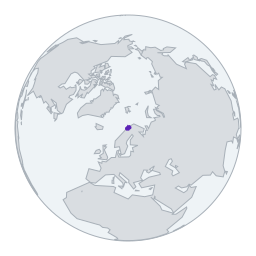 Troms highlighted on a globe, orthographic projection
{"feature_id": "NOR-900", "entity_name": "Troms", "entity_type": "County", "adm_level": 1, "iso_a3": "NOR", "parent_name": "Norway", "parent_adm1": "", "projection": "orthographic", "projection_center": [18.955, 69.32], "detail": "fine", "context": "on_globe", "style": "filled", "palette": "violet", "viewbox_px": 256, "rotation_deg": 0, "n_neighbors": 0, "source": "natural_earth", "source_scale": "10m", "svg_char_len": 13774}
<svg xmlns="http://www.w3.org/2000/svg" viewBox="0 0 256 256"><circle cx="128" cy="128" r="113" fill="#eef3f6" stroke="#a8b0b8"/><path d="M16.3,113.3L16.2,114.2L17.4,109.3L18.0,106.4L17.9,105.1L20.6,94.9L22.9,89.8L37.8,61.8L40.7,58.4L42.9,56.9L58.8,45.1L46.8,52.2L51.0,48.4L56.3,44.7L55.8,45.7L62.7,42.5L67.9,39.4L76.7,37.8L83.5,41.8L80.3,42.7L82.3,43.7L86.4,42.6L88.6,41.7L101.0,44.6L114.8,43.5L118.6,40.5L118.2,43.3L125.1,36.1L132.3,34.4L124.5,38.0L123.9,39.7L128.9,39.2L129.4,40.9L132.2,41.6L132.3,43.7L127.8,45.7L127.8,47.1L131.3,46.8L133.7,48.7L128.5,49.0L132.1,52.4L125.2,56.7L111.2,56.4L107.6,61.0L93.8,66.4L95.3,67.8L91.1,70.9L91.2,73.7L88.6,74.1L91.0,76.0L93.4,75.2L95.2,75.8L95.5,77.4L92.2,78.1L91.6,77.4L90.8,78.4L89.0,78.1L90.1,79.2L86.1,79.9L90.5,81.6L87.7,84.2L84.9,84.0L84.7,80.8L77.6,73.1L74.8,72.1L71.0,73.9L64.9,83.6L61.9,84.0L58.3,86.8L60.1,88.0L63.6,86.2L66.2,89.3L70.2,86.9L71.8,87.8L76.1,86.8L76.0,90.4L73.5,94.5L69.9,95.6L68.8,97.5L72.6,99.3L66.4,104.3L63.0,112.7L61.3,113.7L57.3,110.3L56.2,102.9L50.9,98.9L54.8,105.1L50.6,107.6L50.1,109.6L50.7,111.6L52.5,112.0L51.1,113.7L46.8,108.2L47.9,106.5L49.3,108.3L48.7,104.9L45.7,101.4L43.8,103.1L41.3,96.3L39.9,97.5L38.6,96.8L41.0,95.3L36.7,97.9L33.4,91.2L27.4,95.6L32.8,88.1L34.3,83.8L35.7,79.0L34.6,79.6L37.8,72.8L38.4,68.2L35.1,68.9L31.3,73.2L28.1,80.4L28.7,81.3L27.3,86.4L24.9,86.0L21.9,95.8L20.2,97.5L18.9,101.6L18.2,105.9L17.2,111.5L17.7,113.4L18.0,118.2L16.8,120.5L17.9,121.6L17.4,125.9L18.7,137.1L18.3,136.8L19.3,149.0L22.3,160.6L22.9,164.7L22.4,164.5L23.9,168.4L23.9,169.1L31.6,184.3L37.1,193.2L37.9,195.3L36.1,193.1L31.5,186.0L27.4,178.7L23.9,171.0L21.0,163.1L18.7,155.0L16.9,146.8L15.8,138.5L15.4,130.1L15.5,121.7L16.3,113.3ZM119.6,15.7L120.0,15.6L119.9,15.7L119.5,15.7L119.6,15.7ZM121.1,15.6L120.2,15.6L121.2,15.6L121.1,15.6ZM122.7,15.5L121.8,15.5L122.7,15.5ZM25.8,96.3L22.5,108.8L22.8,102.9L23.0,103.7L24.2,100.3L25.9,94.5L26.6,89.6L25.8,96.3ZM125.1,15.4L125.7,15.4L124.9,15.4L125.1,15.4ZM28.0,99.1L28.4,97.1L28.2,98.9L28.0,99.1ZM89.5,41.1L86.4,42.4L82.5,42.8L85.1,41.5L89.5,41.1ZM97.0,40.9L95.7,41.9L93.6,40.5L95.0,40.4L97.0,40.9ZM121.3,38.1L118.7,38.6L121.0,37.6L121.3,38.1ZM132.5,41.4L133.1,40.8L134.2,41.5L132.5,41.4ZM75.8,84.9L75.9,85.8L75.1,85.5L75.8,84.9ZM77.6,83.6L76.5,82.6L77.2,81.8L77.9,82.4L77.6,83.6ZM135.6,45.2L137.2,46.6L134.7,45.5L135.6,45.2ZM78.8,85.0L78.6,80.6L79.8,79.3L83.3,80.6L78.8,85.0ZM137.7,47.6L141.8,51.0L143.5,49.8L141.1,55.1L138.4,50.4L135.1,49.3L137.3,48.9L137.7,47.6ZM94.0,74.2L91.5,75.2L93.3,72.9L94.0,74.2ZM94.7,72.6L97.5,65.0L101.3,64.5L99.6,67.1L104.3,65.4L104.8,68.8L102.3,70.6L99.7,70.2L101.9,71.8L94.7,72.6ZM139.2,57.5L139.5,58.7L138.3,57.9L139.2,57.5ZM96.1,75.9L96.3,74.3L99.6,73.8L99.8,76.7L98.6,76.0L96.1,75.9ZM105.3,63.2L107.8,63.4L108.9,66.2L110.0,66.7L105.1,68.9L105.3,63.2ZM98.0,76.9L99.8,78.3L98.5,80.0L96.1,77.3L98.0,76.9ZM100.4,72.4L102.0,72.3L101.2,73.3L100.4,72.4ZM94.9,87.2L95.1,85.3L96.8,84.8L94.9,87.2ZM100.5,78.7L100.9,78.1L101.6,77.7L102.5,78.9L100.5,78.7ZM106.2,70.7L106.1,71.9L108.3,70.0L109.2,72.1L105.7,73.2L107.6,73.6L107.9,74.3L104.8,74.5L106.2,70.7ZM105.4,79.1L101.4,81.3L100.6,84.9L99.0,85.4L100.6,79.6L105.4,79.1ZM105.3,76.3L105.0,78.1L103.2,77.8L102.3,76.4L105.3,76.3ZM111.0,73.2L110.5,69.6L111.3,69.5L111.0,73.2ZM105.6,80.2L106.6,79.6L105.7,80.4L105.6,80.2ZM109.7,75.4L109.5,74.1L110.4,74.0L109.7,75.4ZM108.7,79.6L107.4,80.3L106.7,79.3L108.7,79.6ZM109.5,77.7L110.8,77.8L107.3,78.5L109.2,77.1L109.5,77.7ZM110.6,75.5L111.0,75.0L110.6,76.0L110.6,75.5ZM112.1,82.8L107.8,83.9L106.3,81.8L110.6,81.0L112.1,82.8ZM116.9,240.1L114.3,239.5L117.8,238.9L116.9,237.6L108.1,232.5L110.1,229.8L107.6,228.0L102.6,227.4L99.7,225.0L96.6,224.2L77.1,218.7L71.0,213.2L63.1,199.7L66.4,197.6L66.7,192.4L89.5,182.3L94.8,185.4L113.3,186.5L115.7,187.6L114.0,192.5L128.2,199.0L132.3,194.9L144.7,196.7L152.7,194.9L154.7,185.0L141.6,187.8L138.9,183.4L149.0,177.2L160.4,174.5L159.7,172.7L152.1,170.4L154.4,165.9L149.5,169.3L151.7,170.8L148.7,173.0L146.5,171.8L147.4,170.2L143.8,170.0L140.6,177.8L142.5,180.2L133.5,182.6L135.9,186.8L133.6,189.0L128.7,182.7L128.9,180.2L120.0,172.7L119.0,175.5L127.3,182.9L124.9,182.3L123.6,186.5L122.7,182.9L113.9,174.4L105.5,174.9L95.5,183.1L90.4,182.4L85.9,178.7L88.9,168.7L99.8,171.4L101.1,168.1L98.3,161.9L101.8,163.3L102.1,161.2L106.1,161.9L111.4,157.5L115.4,157.5L116.9,150.9L119.2,150.0L117.7,154.2L118.8,157.1L128.8,156.9L130.6,155.4L130.8,151.2L133.5,151.8L132.4,147.7L137.9,145.4L130.3,144.8L130.3,140.0L133.3,136.0L132.0,134.4L127.0,140.9L126.3,143.6L127.8,146.1L124.6,153.7L121.3,154.8L119.4,146.7L114.5,147.5L115.2,140.9L128.2,127.0L133.8,123.9L144.2,128.7L143.2,132.1L139.0,132.0L143.4,136.5L142.8,134.0L145.1,134.5L145.7,130.2L147.3,130.4L145.1,126.0L147.1,125.8L148.5,128.5L151.2,122.1L155.3,120.5L155.1,119.0L153.8,117.8L160.0,116.6L159.6,115.5L157.4,115.5L155.1,113.4L153.5,109.3L155.8,109.1L156.6,110.6L161.8,113.4L163.8,117.4L164.6,117.0L163.4,113.4L157.0,109.9L155.5,107.5L158.7,108.7L157.4,108.1L157.3,106.8L159.3,105.4L155.9,104.0L151.9,90.9L155.4,87.1L158.7,89.5L158.3,80.6L162.3,77.3L160.3,77.2L158.7,73.1L157.4,74.1L156.3,73.7L151.7,63.9L152.4,61.6L148.1,57.6L147.0,57.6L146.3,59.1L141.1,55.1L143.5,49.8L145.7,50.0L145.7,46.7L150.8,47.7L155.1,47.2L160.8,50.5L163.6,49.8L163.3,48.6L166.9,46.9L175.6,47.9L170.1,52.5L157.4,52.7L162.7,53.0L162.0,54.6L164.2,55.8L167.9,55.9L168.1,54.9L176.5,64.2L186.4,68.7L184.5,64.0L186.2,62.0L195.9,63.7L210.1,76.7L212.5,74.6L214.5,75.4L216.6,79.3L213.7,78.2L213.3,80.9L211.3,79.8L213.7,85.8L211.0,84.5L214.2,90.0L216.1,89.3L215.0,84.4L218.9,89.9L221.4,87.0L224.8,88.7L231.1,100.9L232.8,110.4L233.6,111.6L232.6,114.0L233.9,119.9L237.6,118.1L238.3,119.5L239.1,129.0L238.7,128.2L236.3,134.6L237.6,139.2L239.5,135.1L240.2,135.8L239.5,139.9L238.6,139.7L237.7,141.8L236.7,138.4L233.5,137.0L232.7,142.8L231.5,140.9L227.0,141.9L225.2,150.1L223.1,165.7L224.8,171.3L223.2,176.9L216.2,175.8L212.5,171.7L210.4,175.1L202.9,175.3L191.1,185.1L189.1,184.2L186.9,186.8L181.6,187.9L178.4,186.0L175.3,188.0L183.8,192.7L187.0,190.5L189.3,185.3L191.1,187.5L196.2,186.6L191.7,197.3L173.6,212.8L171.3,208.9L154.9,198.8L155.1,196.8L155.0,196.6L154.7,196.3L153.8,199.7L150.8,197.1L160.1,206.1L161.9,210.0L173.4,213.2L172.4,214.3L176.0,214.2L186.6,207.0L186.8,208.4L182.1,217.2L166.9,229.8L168.6,231.7L167.0,233.5L156.9,236.9L149.1,238.7L141.1,239.9L133.0,240.5L125.0,240.6L116.9,240.1ZM82.2,190.6L81.7,192.2L82.2,190.6ZM173.0,175.9L179.4,172.7L175.6,168.1L177.7,166.5L175.6,165.5L175.3,167.7L170.0,164.6L172.4,161.2L171.2,158.7L168.9,159.6L165.3,166.5L172.8,170.9L171.8,174.2L173.0,175.9ZM18.8,137.4L18.8,139.2L18.5,137.4L18.8,137.4ZM22.0,102.9L21.7,105.2L21.2,106.8L21.3,105.1L22.0,102.9ZM21.4,122.2L21.5,125.1L21.1,122.5L21.4,122.2ZM22.2,110.7L21.4,120.1L20.6,115.4L21.3,109.5L21.3,113.0L22.2,110.7ZM26.4,99.2L26.0,100.7L25.6,100.7L26.4,99.2ZM27.8,100.4L27.8,99.9L28.4,98.9L27.8,100.4ZM50.9,107.9L51.2,108.4L51.3,110.6L50.5,109.8L50.9,107.9ZM56.7,118.9L54.5,121.4L55.5,119.0L53.9,118.4L54.0,112.7L60.5,113.9L57.6,114.4L56.7,118.9ZM56.1,105.7L55.2,109.0L55.9,105.3L56.1,105.7ZM99.2,149.3L100.8,151.2L99.5,153.4L94.3,153.7L96.2,150.4L99.2,149.3ZM103.3,153.3L102.9,145.3L106.1,144.9L104.4,146.5L106.5,147.0L104.3,149.7L107.7,157.3L106.8,159.8L97.8,158.8L101.3,157.7L99.5,155.8L103.3,153.3ZM96.2,126.6L96.1,123.5L103.2,126.7L102.5,129.3L97.3,129.7L95.1,126.8L96.2,126.6ZM84.9,88.3L84.4,87.1L85.3,86.9L86.5,87.7L84.9,88.3ZM94.8,86.3L88.1,93.5L87.2,92.4L84.3,98.0L80.8,97.5L82.7,93.8L77.9,97.7L78.2,94.2L75.2,97.1L79.9,89.1L80.1,86.2L81.3,89.6L84.5,90.2L86.0,89.5L90.1,85.7L92.0,79.8L95.5,79.6L97.5,80.9L97.6,82.3L95.3,82.0L97.1,84.0L93.8,84.7L94.8,86.3ZM118.9,98.8L116.1,97.6L119.2,102.3L115.9,102.8L116.5,103.3L114.3,105.0L112.6,108.1L111.0,107.8L111.0,109.1L109.6,110.3L109.1,112.1L106.1,112.2L105.3,114.4L104.4,113.2L103.7,116.9L102.9,114.2L100.9,115.6L102.7,117.5L88.0,114.5L82.5,115.5L78.3,117.9L77.4,113.1L80.8,107.9L86.3,103.3L91.7,103.1L90.3,101.1L92.6,100.4L92.7,102.3L93.8,98.9L95.6,98.9L100.5,95.2L100.9,90.5L102.7,89.1L103.5,90.9L104.7,88.2L107.4,90.7L108.7,89.8L112.7,91.3L113.4,95.5L114.8,94.1L117.9,95.3L118.9,98.8ZM113.1,83.4L114.7,88.1L113.7,90.7L107.2,86.9L105.7,87.4L101.5,85.2L103.0,81.5L104.1,82.5L105.4,82.6L104.4,83.7L106.3,82.9L107.8,84.2L109.7,83.9L109.7,85.5L113.1,83.4ZM118.1,185.8L119.9,186.2L122.7,186.0L121.9,188.7L118.1,185.8ZM112.1,180.1L113.7,179.9L113.9,183.5L112.0,183.2L112.1,180.1ZM114.3,176.9L113.7,179.6L112.9,178.0L114.3,176.9ZM119.1,153.8L120.8,153.4L121.1,154.3L120.2,155.8L119.1,153.8ZM127.2,113.3L125.8,112.1L126.2,111.5L125.0,107.6L127.3,107.0L129.0,109.1L127.2,113.3ZM152.6,187.3L150.5,189.6L149.2,189.0L150.2,188.3L152.6,187.3ZM135.6,190.1L139.6,190.8L135.3,190.8L135.6,190.1ZM129.5,112.0L128.7,110.5L130.4,111.2L129.5,112.0ZM129.0,106.4L130.9,106.8L127.5,106.5L129.0,106.4ZM173.0,231.3L174.5,230.4L180.4,227.4L183.5,225.3L184.8,225.1L182.5,226.6L173.0,231.3ZM239.5,143.7L239.5,143.8L237.0,149.0L237.9,145.2L240.2,137.3L240.1,138.6L240.3,137.3L239.5,143.7ZM240.6,127.7L240.6,125.3L240.5,122.6L238.7,108.3L238.4,105.6L239.3,110.5L239.3,110.4L240.3,119.0L240.6,127.7ZM225.3,171.2L227.4,171.6L226.4,174.0L225.3,171.2ZM236.8,101.4L238.3,107.3L236.6,101.2L236.8,101.4ZM235.1,97.1L235.6,97.6L235.4,98.5L235.1,97.1ZM234.7,112.8L234.8,115.9L234.3,115.4L233.7,111.2L234.7,112.8ZM227.4,90.3L229.5,92.0L230.3,93.1L229.3,93.4L227.4,90.3ZM148.3,105.7L147.4,111.7L148.3,115.8L151.2,117.7L146.7,117.6L145.3,111.3L148.3,105.7ZM151.2,92.7L148.7,91.2L150.0,90.3L150.8,90.5L151.2,92.7ZM149.5,93.0L146.0,94.2L144.7,92.3L147.8,91.7L149.5,93.0ZM137.8,103.1L137.4,104.9L136.0,104.3L137.8,103.1ZM235.6,94.7L236.0,96.2L236.9,99.6L234.5,91.8L234.5,91.4L235.1,93.1L235.6,94.7ZM235.0,94.0L236.0,97.2L234.7,93.3L235.0,94.0ZM235.9,97.4L235.4,96.7L235.0,94.7L235.9,97.4ZM234.7,92.7L233.6,90.5L233.8,90.4L234.7,92.7ZM234.1,95.5L234.1,92.5L235.1,97.8L232.6,95.0L232.0,92.4L234.1,95.5ZM214.5,70.4L213.3,70.3L212.0,67.9L213.2,68.6L214.5,70.4ZM206.7,60.3L211.2,67.2L214.7,73.0L214.8,71.7L217.7,74.1L216.2,75.4L212.1,70.5L209.9,66.3L207.3,64.8L204.3,61.4L201.4,61.0L199.4,59.3L201.3,58.5L206.7,60.3ZM200.2,61.0L194.1,59.4L192.8,55.5L193.9,55.0L197.2,57.3L197.7,59.2L200.2,61.0ZM192.3,57.9L192.7,59.8L184.6,62.1L182.6,61.6L188.0,57.6L188.7,59.2L190.9,59.4L192.3,57.9ZM140.6,58.3L139.6,58.7L140.0,57.7L140.6,58.3ZM155.7,74.4L154.2,73.8L154.8,72.6L155.7,74.4ZM150.6,71.5L151.0,73.3L149.6,71.5L150.6,71.5ZM152.0,77.2L150.7,74.0L153.3,76.9L152.0,77.2Z" fill="#d9dde1" stroke="#a8b0b8" stroke-width="1"/><path d="M129.2,128.5L128.8,128.6L129.0,128.8L129.0,129.0L128.9,129.3L128.7,129.5L128.9,129.6L128.7,129.9L128.1,129.6L127.8,129.6L127.6,129.5L127.4,129.5L127.3,129.4L126.5,129.5L126.4,129.6L126.3,129.4L126.6,129.2L126.7,129.3L126.7,129.2L126.8,129.2L126.9,129.3L127.1,129.3L127.0,129.2L126.9,129.1L127.2,129.1L126.9,128.9L127.1,128.8L126.9,128.8L127.0,128.7L127.1,128.4L127.4,128.3L127.4,128.2L127.4,127.9L127.5,127.8L127.4,127.7L127.5,127.7L127.6,127.8L127.7,128.2L127.7,127.9L127.8,128.0L128.0,128.1L127.8,127.9L127.7,127.8L127.7,127.7L127.9,127.5L128.0,127.8L128.3,128.0L128.2,128.1L128.4,128.2L128.3,127.9L128.1,127.9L128.0,127.7L128.0,127.4L128.1,127.2L128.6,127.0L128.5,127.3L128.5,127.6L128.4,127.8L128.5,127.8L128.5,127.4L128.8,127.5L128.6,127.4L128.6,127.2L128.8,126.8L128.9,126.7L129.0,126.9L128.9,127.3L129.0,127.4L129.0,127.5L128.9,127.5L128.8,127.8L128.7,128.0L128.8,128.0L128.9,127.8L129.0,127.5L129.3,127.6L129.1,127.4L129.1,127.2L129.3,127.0L129.2,126.9L129.4,126.7L129.3,126.9L129.3,127.0L129.5,126.9L129.5,127.0L129.5,126.9L129.6,126.6L129.8,126.6L129.8,126.8L130.1,127.1L130.0,126.9L130.0,126.7L129.9,126.5L130.0,126.5L130.1,126.4L129.9,126.5L129.8,126.4L129.7,126.4L129.5,126.2L129.8,126.3L130.0,126.4L130.3,126.7L130.4,126.8L130.5,126.9L130.4,127.0L130.5,127.2L130.7,127.3L130.6,127.5L130.3,127.6L130.4,127.8L130.5,128.1L130.5,128.3L130.1,128.4L129.9,128.1L129.6,128.0L129.5,128.4L129.5,128.5L129.3,128.4L129.2,128.5ZM127.4,127.8L127.3,128.0L127.3,128.3L127.0,128.3L127.0,128.2L126.8,128.4L126.7,128.5L126.8,128.5L126.7,128.6L126.7,128.4L126.5,128.5L126.5,128.4L126.8,128.2L126.6,128.2L126.7,127.9L126.8,127.8L127.0,127.8L126.8,127.7L127.1,127.7L127.0,127.4L127.1,127.6L127.1,127.4L127.2,127.6L127.3,127.6L127.2,127.6L127.3,127.6L127.3,127.8L127.4,127.8ZM125.8,128.7L125.9,128.8L125.8,129.0L125.7,129.1L125.9,129.0L125.7,129.3L125.7,129.5L125.8,129.3L125.9,129.2L125.9,129.3L125.9,129.1L126.0,129.1L126.0,128.9L126.2,129.0L126.3,128.9L126.3,129.0L126.3,129.3L126.2,129.4L125.8,129.4L125.6,129.6L125.7,129.3L125.7,129.2L125.8,128.9L125.8,128.7L125.8,128.7ZM128.0,127.0L127.9,127.3L127.9,127.5L127.5,127.6L127.3,127.5L127.4,127.4L127.5,127.4L127.5,127.5L127.6,127.4L127.5,127.2L127.8,127.2L127.6,127.2L127.8,127.0L127.9,127.3L127.9,127.2L127.8,126.9L127.9,127.0L128.0,127.0ZM128.4,126.7L128.5,126.6L128.4,126.8L128.3,127.0L128.1,127.1L127.8,126.8L128.0,126.8L128.0,126.7L127.9,126.7L128.1,126.6L128.3,126.7L128.4,126.7ZM129.2,126.5L129.1,126.4L129.0,126.5L129.0,126.3L129.1,126.2L129.2,126.4L129.2,126.5ZM128.7,126.4L128.8,126.4L128.7,126.5L128.5,126.3L128.4,126.2L128.5,126.1L128.6,126.3L128.6,126.2L128.7,126.4ZM128.6,126.7L128.5,126.9L128.3,127.0L128.4,126.8L128.6,126.7ZM126.8,128.8L126.8,129.0L126.7,128.8L126.8,128.9L126.8,128.8ZM126.1,128.6L126.3,128.7L126.3,128.8L126.2,128.8L126.1,128.7L126.1,128.6ZM126.6,128.9L126.7,129.1L126.6,128.9ZM128.2,126.3L128.1,126.2L128.2,126.3ZM127.8,126.6L127.8,126.4L127.9,126.5L128.0,126.5L127.8,126.7L127.8,126.6ZM129.3,126.6L129.3,126.8L129.2,126.7L129.3,126.6L129.3,126.6ZM129.2,126.8L129.2,127.0L129.1,126.9L129.2,126.8ZM126.9,128.5L127.0,128.4L126.9,128.6L126.9,128.5ZM129.3,126.4L129.3,126.5L129.2,126.4L129.3,126.4L129.3,126.4ZM129.8,126.7L129.8,126.8L129.8,126.7Z" fill="#8b5cf6" stroke="#5b21b6" stroke-width="1.5"/></svg>